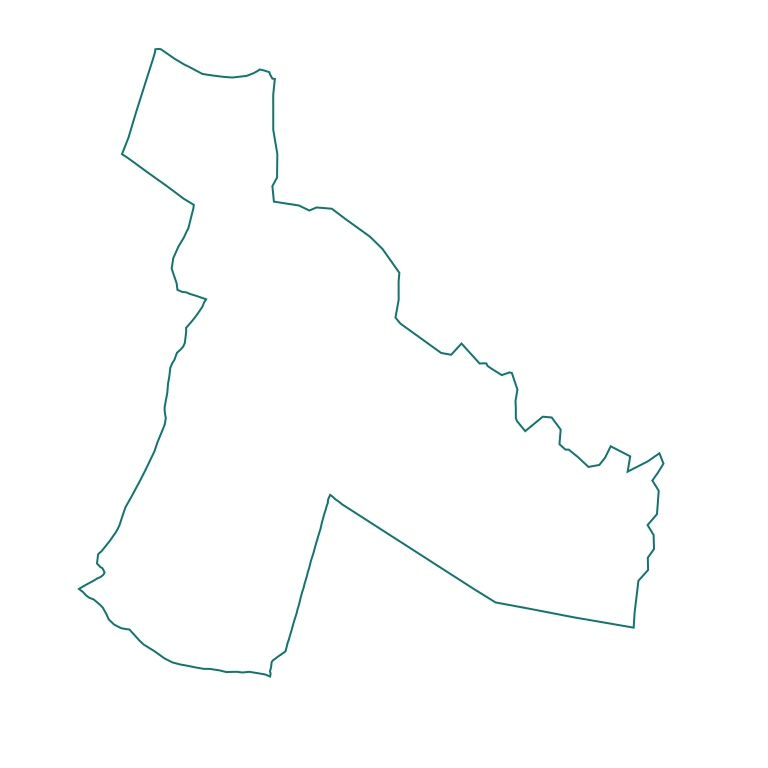 Al-Kut, Wasit, Iraq (orthographic projection), rotated 187°
{"feature_id": "34846034B69182583813986", "entity_name": "Al-Kut", "entity_type": "district", "adm_level": 2, "iso_a3": "IRQ", "parent_name": "Iraq", "parent_adm1": "Wasit", "projection": "orthographic", "projection_center": [46.232, 32.471], "detail": "fine", "context": "isolated", "style": "outline", "palette": "teal", "viewbox_px": 768, "rotation_deg": 187, "n_neighbors": 0, "source": "geoboundaries", "source_scale": "gbopen_adm2", "svg_char_len": 3216}
<svg xmlns="http://www.w3.org/2000/svg" viewBox="0 0 768 768"><g transform="rotate(187 384 384)"><path d="M651.8,688.3L651.7,685.3L653.0,677.8L656.5,659.3L663.0,624.6L667.7,597.1L672.1,580.2L666.7,577.6L657.8,572.7L643.7,564.8L623.0,553.6L605.4,543.5L594.6,538.6L594.6,535.2L595.8,525.8L597.1,514.9L598.4,511.5L600.6,504.7L604.7,495.6L608.5,483.2L608.8,472.7L605.9,466.6L602.1,458.7L600.5,452.3L595.4,450.8L591.6,450.9L587.4,449.7L581.1,448.6L570.9,446.4L572.5,443.0L573.7,438.5L577.6,430.9L578.8,428.7L582.0,423.4L584.8,419.2L587.3,415.5L586.7,412.1L586.7,407.9L586.7,401.5L586.7,400.4L587.9,396.6L590.5,392.9L593.3,389.8L594.9,382.7L596.8,378.5L598.1,374.0L598.0,365.4L598.4,357.8L598.0,349.2L598.9,334.5L598.6,331.5L597.7,327.7L596.4,323.6L596.7,316.8L601.7,298.7L603.6,289.3L610.5,268.9L614.9,256.9L621.2,240.7L625.6,230.1L627.5,221.1L629.4,211.3L631.0,206.7L632.5,203.4L636.9,195.1L643.9,183.7L646.7,180.7L647.0,179.6L647.0,175.8L647.0,170.9L646.1,170.2L643.5,167.9L641.0,166.8L639.7,164.9L638.4,163.0L639.1,160.8L640.0,159.7L641.9,157.8L644.7,156.2L648.5,153.2L653.9,149.4L655.3,148.4L658.0,146.4L661.8,143.4L657.4,140.8L653.9,137.8L650.4,135.9L645.9,134.8L639.0,130.3L635.8,127.7L631.4,121.6L628.5,116.8L622.5,112.3L615.2,109.6L609.8,109.3L606.7,109.3L603.8,106.7L601.0,104.4L595.9,99.9L590.8,96.1L579.4,90.9L568.4,84.9L560.2,81.9L552.2,80.8L545.0,80.4L536.4,79.7L527.9,79.3L522.2,80.0L512.4,79.7L505.5,78.9L495.1,80.4L489.4,80.4L482.7,81.9L474.2,81.6L466.6,81.2L461.4,79.8L461.3,81.1L461.3,82.9L462.2,84.9L461.6,88.5L461.6,91.7L461.6,94.3L461.5,94.6L460.6,96.1L457.9,98.6L456.4,100.2L452.7,103.4L449.9,105.9L449.0,107.2L449.0,108.5L448.7,110.1L448.4,112.8L448.0,115.9L447.3,118.7L446.9,121.5L445.6,129.1L444.9,134.1L444.0,139.5L442.9,145.1L442.3,150.1L441.5,154.6L440.5,163.1L439.8,167.8L439.0,171.6L438.4,176.7L437.2,183.3L436.6,188.6L435.9,192.0L435.0,199.4L433.5,207.1L432.4,214.8L430.7,225.1L429.3,232.9L428.9,237.7L427.6,246.7L426.6,252.1L426.1,255.2L425.9,256.7L425.3,258.7L425.4,261.7L425.3,262.9L424.4,265.9L423.9,267.4L421.8,266.2L418.1,263.6L413.8,261.3L410.8,259.4L270.7,191.9L246.7,180.8L214.4,178.8L168.2,175.6L106.5,172.6L107.4,187.6L107.5,219.7L99.2,231.6L101.0,243.7L95.9,253.1L98.0,267.0L105.2,276.1L97.2,288.1L98.3,311.5L99.2,312.6L105.9,320.9L101.4,329.2L96.9,339.0L102.2,348.8L112.7,339.4L131.5,326.7L130.8,342.2L151.4,349.8L155.6,337.8L160.4,329.9L170.9,326.6L182.9,335.3L192.7,341.4L195.9,341.0L202.5,345.6L203.1,360.3L213.5,371.2L222.4,370.9L238.1,354.4L247.6,363.5L249.0,366.5L250.0,374.1L250.0,374.7L251.4,383.1L250.9,394.7L258.4,410.5L260.8,410.8L268.2,407.2L279.2,412.3L283.5,414.6L284.9,416.9L288.2,416.6L291.6,416.0L312.0,433.6L313.3,431.8L320.9,421.2L331.1,421.8L375.0,445.9L380.7,451.3L379.7,469.3L382.0,487.7L382.3,496.2L401.8,517.7L415.7,528.4L441.0,542.3L457.2,551.6L472.5,551.0L479.2,547.1L490.2,550.8L515.5,551.6L518.9,566.8L515.3,575.9L517.9,599.3L524.9,622.8L529.2,657.5L529.5,672.5L529.5,673.5L532.0,673.5L534.8,677.3L535.8,679.5L541.2,680.6L545.7,681.0L547.3,679.5L551.5,676.5L557.8,673.1L571.9,669.7L581.1,669.3L590.7,669.3L601.9,669.6L616.6,675.2L621.1,676.7L631.3,681.2L646.3,689.1L648.9,689.1L651.8,688.3Z" fill="none" stroke="#0f766e" stroke-width="2"/></g></svg>